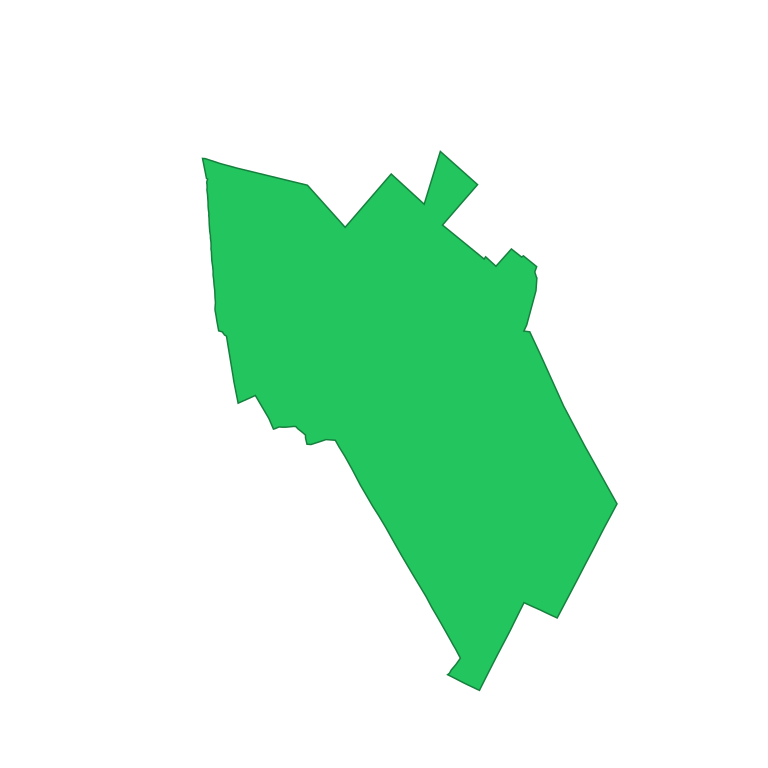 Lipovu, Dolj, Romania (Mercator projection), rotated 296°
{"feature_id": "2599482B19969381066239", "entity_name": "Lipovu", "entity_type": "district", "adm_level": 2, "iso_a3": "ROU", "parent_name": "Romania", "parent_adm1": "Dolj", "projection": "mercator", "projection_center": [23.608, 44.111], "detail": "fine", "context": "isolated", "style": "filled", "palette": "green", "viewbox_px": 768, "rotation_deg": 296, "n_neighbors": 0, "source": "geoboundaries", "source_scale": "gbopen_adm2", "svg_char_len": 2139}
<svg xmlns="http://www.w3.org/2000/svg" viewBox="0 0 768 768"><g transform="rotate(296 384 384)"><path d="M378.4,646.0L416.3,591.6L442.8,555.3L478.9,511.8L494.4,492.6L494.8,492.2L492.9,486.5L499.6,486.4L534.5,479.7L546.4,474.9L546.4,474.6L550.8,470.4L556.4,469.8L560.3,453.1L558.4,452.1L561.2,439.3L538.9,433.0L542.9,419.6L540.2,419.2L552.5,366.9L578.9,373.9L604.2,380.7L617.7,332.7L563.2,341.3L575.9,298.4L507.8,280.4L529.1,228.0L513.6,157.3L510.4,140.5L508.2,124.5L507.2,122.0L491.0,134.3L490.9,135.7L489.9,135.8L488.5,136.0L487.2,136.4L485.5,137.6L483.0,138.9L480.7,139.8L476.8,142.4L470.2,146.2L466.6,148.0L463.4,149.9L460.6,151.8L458.5,152.7L456.8,153.8L450.8,157.0L444.9,160.4L441.2,163.0L439.1,164.0L435.3,166.5L431.8,168.3L429.3,169.4L427.4,170.8L422.2,173.6L419.2,175.3L414.2,178.7L410.2,181.1L407.0,182.6L402.6,185.5L398.6,187.8L393.5,191.1L387.5,194.3L383.3,196.8L378.0,198.9L376.1,199.9L371.8,203.1L367.7,205.9L359.3,212.1L359.8,214.9L359.9,216.3L359.3,216.9L358.7,218.2L358.1,219.2L358.2,219.9L357.9,221.5L349.5,227.4L325.0,244.8L320.5,247.9L303.1,261.1L302.8,261.3L305.3,263.4L317.3,273.4L316.9,274.0L302.5,295.7L295.0,304.4L295.8,305.4L299.4,308.5L300.5,311.3L302.1,314.6L306.3,321.5L307.1,323.4L305.9,326.5L305.0,330.8L303.7,335.8L301.1,337.1L296.1,341.2L297.6,344.9L304.5,352.1L308.6,356.2L312.1,364.9L307.8,371.1L301.8,380.6L293.0,393.2L282.6,407.3L276.3,416.8L269.3,427.2L263.3,437.0L255.8,448.5L248.5,459.0L238.2,474.0L226.1,492.3L211.3,515.1L206.1,522.2L204.2,524.8L198.5,533.4L194.1,539.9L182.8,556.3L179.6,560.8L177.6,563.9L171.1,572.8L168.9,572.5L163.5,571.6L158.4,570.3L156.3,569.8L154.2,569.7L153.1,569.7L152.5,569.5L151.6,569.1L150.6,568.6L150.6,572.8L150.3,586.7L150.3,591.7L150.4,598.3L150.4,600.1L150.4,602.0L150.5,603.0L150.5,604.1L153.0,604.1L161.0,604.2L180.8,604.5L190.4,604.7L217.8,605.5L225.5,605.5L240.5,605.6L248.9,605.7L248.9,606.7L248.9,608.9L249.1,615.6L249.4,624.0L249.4,626.2L249.4,630.1L249.5,637.6L249.6,639.5L249.6,642.2L281.2,643.2L295.3,643.6L308.3,643.9L328.0,644.5L344.9,644.8L353.2,645.0L364.7,645.5L371.2,645.7L378.4,646.0Z" fill="#22c55e" stroke="#15803d" stroke-width="1.5"/></g></svg>